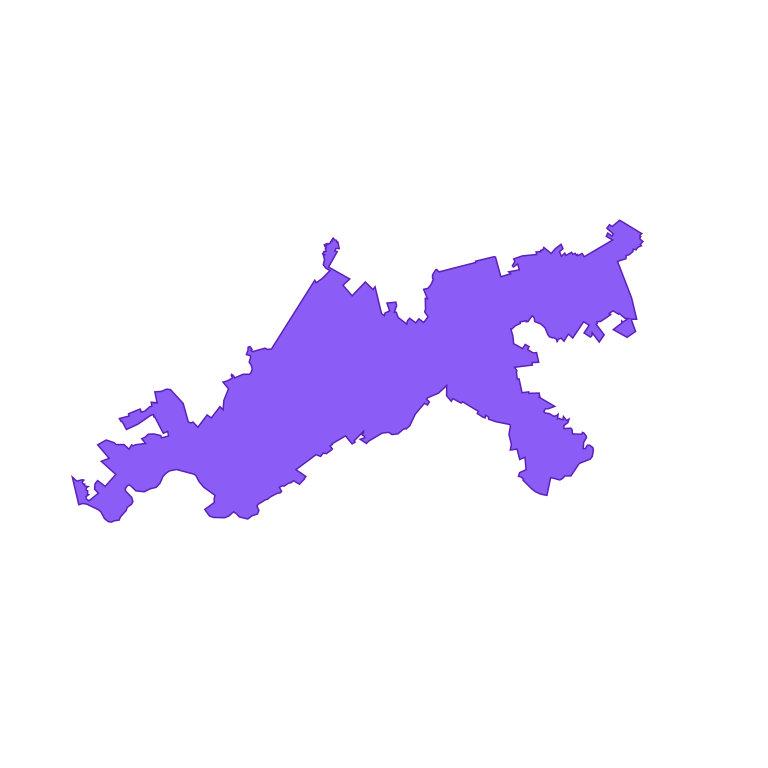 the district of Palenque, Chiapas, Mexico, rotated 122°
{"feature_id": "50627088B42287597012066", "entity_name": "Palenque", "entity_type": "district", "adm_level": 2, "iso_a3": "MEX", "parent_name": "Mexico", "parent_adm1": "Chiapas", "projection": "robinson", "projection_center": [-91.787, 17.453], "detail": "fine", "context": "isolated", "style": "filled", "palette": "violet", "viewbox_px": 768, "rotation_deg": 122, "n_neighbors": 0, "source": "geoboundaries", "source_scale": "gbopen_adm2", "svg_char_len": 6159}
<svg xmlns="http://www.w3.org/2000/svg" viewBox="0 0 768 768"><g transform="rotate(122 384 384)"><path d="M648.1,578.9L645.0,576.2L643.4,572.5L642.0,559.6L642.5,556.2L646.3,549.7L646.8,544.7L645.4,541.8L643.2,540.5L639.7,536.5L636.3,537.1L628.0,535.6L624.6,536.4L619.9,534.4L616.8,534.6L613.8,537.9L611.7,546.5L609.7,548.0L606.4,547.7L604.9,547.0L604.5,545.1L606.1,537.8L602.4,530.1L597.1,527.0L592.3,522.4L587.1,521.4L579.4,522.4L575.0,521.5L571.3,519.8L566.5,514.7L561.1,497.1L561.5,494.7L564.8,489.0L567.0,482.3L568.0,468.3L571.3,467.3L574.3,465.1L585.4,469.5L588.4,462.1L587.6,458.0L581.8,448.2L577.9,445.5L572.2,443.9L572.2,440.3L573.4,436.3L570.7,428.0L565.6,426.0L561.3,422.4L557.5,423.1L554.8,427.1L552.9,427.1L545.2,423.3L543.4,421.7L539.5,420.3L532.9,416.4L531.6,414.5L529.4,413.9L527.0,418.0L524.5,416.5L523.5,414.6L518.6,412.3L517.1,410.6L514.0,409.5L513.8,402.6L506.6,401.1L506.4,401.6L503.8,401.2L503.3,413.3L480.0,404.2L479.0,399.4L474.9,399.0L473.6,396.0L468.4,393.8L466.4,393.3L465.2,396.9L462.6,395.8L462.3,396.4L448.4,389.1L451.7,379.3L448.6,377.7L448.0,379.2L435.0,376.3L436.2,375.6L438.7,376.3L438.7,373.0L439.8,371.8L443.5,374.9L443.8,367.4L440.3,366.6L426.6,359.5L422.5,354.4L422.7,350.5L418.9,345.8L412.5,343.8L410.6,342.5L410.4,341.4L405.8,340.0L392.9,341.5L378.9,339.5L378.8,336.0L375.2,336.0L374.3,339.9L372.3,339.5L362.8,332.9L352.1,330.0L360.8,324.7L363.0,317.8L359.9,317.8L359.3,308.4L357.4,307.9L357.2,289.5L359.6,289.3L359.7,282.7L359.2,280.2L356.7,281.3L356.5,278.0L358.4,276.7L356.6,268.9L351.7,255.9L352.5,254.6L360.6,251.3L367.6,244.1L373.1,241.9L368.7,236.7L376.1,228.9L371.5,225.7L372.3,225.0L381.4,218.1L387.2,222.0L391.1,221.0L390.2,218.7L390.7,215.2L391.9,215.2L394.6,203.4L395.1,198.4L394.3,192.5L392.1,186.8L375.0,193.1L372.2,184.0L369.2,182.4L366.1,181.9L362.9,176.8L347.9,176.3L338.4,169.3L335.1,169.0L329.2,171.3L327.3,173.1L326.9,177.1L328.1,179.1L332.1,179.0L333.3,180.7L327.8,183.7L322.1,183.9L320.7,185.4L319.6,188.6L319.9,190.1L321.2,189.6L322.3,190.5L326.4,197.6L323.0,200.4L322.4,202.1L326.4,207.7L323.9,209.4L319.4,207.6L315.7,208.5L318.3,209.8L316.5,214.6L319.7,213.4L320.4,217.3L321.6,218.4L317.4,220.3L319.4,220.9L321.4,222.9L321.5,228.1L323.2,232.1L322.9,233.8L319.6,234.0L317.8,231.5L312.5,227.3L313.0,245.3L312.5,244.8L309.5,247.7L315.2,256.3L314.0,257.1L318.2,262.3L308.1,272.2L309.2,273.6L303.9,277.9L302.4,278.2L300.6,282.1L289.4,268.3L287.4,269.8L283.6,264.3L276.5,271.3L278.6,273.9L278.6,280.6L275.5,280.7L275.6,285.2L280.5,285.2L281.1,295.4L274.7,300.4L269.5,306.3L270.0,305.4L269.6,304.7L264.8,303.4L260.4,300.5L259.2,301.4L255.0,296.9L255.8,296.3L254.7,294.9L247.7,294.5L248.3,291.7L251.2,289.3L250.0,282.8L251.0,277.2L255.2,271.4L256.3,268.7L255.6,265.6L254.8,264.9L254.5,262.0L256.3,259.7L253.6,259.8L251.3,258.1L252.3,254.0L243.9,254.1L245.0,248.3L225.4,247.7L225.5,241.2L234.7,241.4L234.8,233.8L232.8,233.3L230.2,234.7L234.4,223.7L225.6,223.3L221.0,235.6L219.6,235.3L218.4,236.2L216.1,233.4L205.1,228.5L205.0,230.4L200.6,228.6L200.5,222.0L199.5,221.9L200.6,214.4L199.1,211.5L204.9,214.3L204.6,215.7L206.2,214.6L216.4,218.4L215.6,202.6L206.1,198.5L198.1,208.7L195.2,204.0L179.9,219.5L156.3,250.9L149.5,245.2L146.6,246.7L144.8,244.8L139.8,243.1L137.6,244.1L136.6,241.3L133.6,241.2L130.4,239.0L129.7,240.7L125.9,239.9L125.5,243.2L124.6,244.5L122.9,244.4L122.8,245.5L121.8,245.8L119.9,245.1L120.2,270.9L129.5,274.0L129.4,277.2L133.8,277.5L135.3,269.0L137.7,269.2L137.4,274.2L141.0,273.8L140.7,266.4L168.6,280.9L169.9,281.8L168.3,285.2L172.3,287.5L171.7,288.5L172.9,289.1L171.8,291.0L174.0,292.7L172.9,294.7L178.7,297.9L177.2,300.0L181.6,301.3L178.8,305.3L174.4,303.9L171.7,307.9L178.4,310.4L184.7,311.3L183.5,320.8L185.9,320.3L187.6,322.0L188.6,321.1L191.4,325.0L193.3,323.2L202.1,334.6L209.2,340.3L210.7,337.9L215.7,337.8L216.2,336.2L211.3,334.3L215.5,329.7L222.8,337.7L223.4,335.0L231.1,341.7L217.3,356.7L217.7,358.1L231.3,371.4L232.2,370.5L259.8,396.8L259.0,400.0L259.6,400.7L265.9,400.6L268.7,398.8L268.8,397.7L274.9,396.8L279.7,397.5L282.7,400.6L288.7,392.3L289.5,394.4L298.4,388.5L301.3,387.7L303.7,382.2L310.8,383.0L310.2,388.9L315.3,389.5L314.7,397.1L318.2,397.6L321.1,396.4L320.1,407.3L316.6,411.7L317.7,413.3L310.9,414.8L308.3,417.3L313.8,424.4L319.1,417.9L323.1,420.7L325.9,420.0L325.6,423.4L306.3,443.1L309.7,443.4L307.4,453.9L326.1,457.8L322.0,471.1L313.1,468.7L314.2,493.0L296.5,493.8L297.3,496.3L294.5,496.6L292.9,493.7L288.0,498.4L288.6,499.2L287.4,500.6L287.9,502.2L287.2,504.4L289.7,504.6L290.3,503.6L291.3,504.7L292.9,504.3L296.0,506.2L295.2,506.8L297.7,508.4L298.5,507.1L297.6,506.3L299.0,505.1L299.9,505.8L302.0,503.4L303.5,505.2L304.1,504.4L305.9,505.2L306.6,504.2L306.0,502.9L307.2,503.3L310.3,500.2L315.1,498.7L316.5,494.8L316.5,489.9L327.5,492.4L334.0,495.1L332.7,497.7L414.0,498.0L416.5,501.3L416.6,503.8L426.3,512.7L426.1,514.4L424.7,514.1L423.4,516.9L423.5,517.9L424.8,518.7L427.5,517.2L432.0,516.3L430.8,512.3L432.0,511.3L436.9,509.9L438.4,506.6L441.2,503.6L445.3,502.8L447.0,503.3L450.5,508.7L458.0,513.9L456.7,516.1L456.6,518.3L457.9,517.9L458.7,516.1L459.9,516.0L464.9,518.9L467.7,521.6L470.5,513.3L482.8,511.1L491.2,506.8L490.1,511.1L504.3,512.5L504.0,517.6L519.2,518.9L517.5,525.9L519.1,526.8L520.0,529.7L506.9,544.0L501.9,562.1L503.6,565.7L508.2,568.9L512.1,574.2L520.3,566.3L520.9,568.4L521.5,568.1L522.1,569.1L521.8,569.8L522.8,571.8L525.9,569.1L527.5,570.6L533.8,572.5L536.5,575.1L534.4,577.3L534.9,577.9L544.7,584.9L546.1,583.1L553.5,590.1L555.2,587.1L554.5,586.3L559.1,578.3L548.5,571.4L534.4,565.3L532.1,563.2L533.8,561.8L533.2,561.3L542.8,545.0L538.9,542.4L542.2,539.1L547.6,544.2L546.0,546.0L548.4,552.9L551.6,557.4L555.5,558.3L558.8,560.4L560.8,554.7L567.2,562.6L569.4,564.0L569.4,565.8L574.4,565.7L573.1,572.3L577.4,579.2L576.8,582.0L578.7,589.9L587.3,594.6L592.7,577.7L599.4,582.8L602.8,563.5L618.6,566.2L617.6,575.7L621.7,576.2L626.6,573.7L627.9,568.3L639.4,572.3L639.2,575.6L637.6,577.1L634.4,575.8L634.7,577.0L631.6,578.6L631.8,580.2L630.0,581.5L627.8,580.5L629.0,583.5L628.4,585.1L627.6,584.8L628.1,586.6L627.1,588.0L624.6,587.6L625.1,589.2L629.2,593.1L628.1,599.0L648.1,578.9Z" fill="#8b5cf6" stroke="#5b21b6" stroke-width="1.5"/></g></svg>